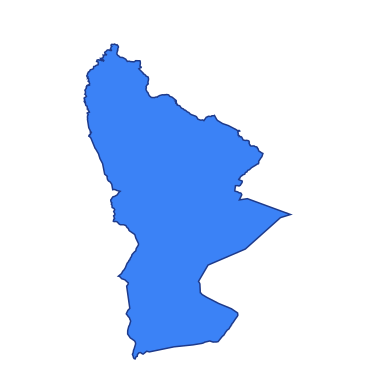 Offinso Municipal, Ashanti, Ghana, rotated 172°
{"feature_id": "2480657B80894926360364", "entity_name": "Offinso Municipal", "entity_type": "district", "adm_level": 2, "iso_a3": "GHA", "parent_name": "Ghana", "parent_adm1": "Ashanti", "projection": "albers", "projection_center": [-1.702, 7.059], "detail": "fine", "context": "isolated", "style": "filled", "palette": "blue", "viewbox_px": 384, "rotation_deg": 172, "n_neighbors": 0, "source": "geoboundaries", "source_scale": "gbopen_adm2", "svg_char_len": 6100}
<svg xmlns="http://www.w3.org/2000/svg" viewBox="0 0 384 384"><g transform="rotate(172 192 192)"><path d="M282.2,310.7L282.0,310.4L282.1,309.6L283.9,307.7L283.8,307.1L283.5,306.8L283.8,304.5L284.5,303.8L284.1,303.5L283.2,301.5L283.9,300.9L284.4,300.8L284.5,300.5L285.6,300.2L285.6,299.8L285.8,299.6L285.4,298.2L285.7,298.0L285.7,297.5L285.3,296.8L285.5,296.6L285.8,296.8L286.1,296.7L285.8,295.7L285.3,295.7L285.4,295.1L285.1,295.0L285.2,294.6L285.2,292.9L284.8,292.2L283.9,291.5L284.0,289.5L283.7,289.2L284.1,288.7L283.4,288.2L283.4,287.3L282.5,285.8L282.5,285.3L283.1,285.4L284.8,284.8L284.7,284.1L284.4,284.0L284.0,283.4L284.2,282.8L285.0,281.7L285.0,280.7L285.2,280.3L285.1,279.3L285.4,278.8L285.3,270.1L284.1,266.3L284.4,265.7L283.8,265.5L283.9,265.3L283.5,264.7L284.4,264.2L284.6,263.5L285.5,263.0L285.6,262.9L285.2,262.7L286.3,262.0L286.4,261.7L286.0,261.6L284.6,259.4L281.9,248.8L281.3,247.8L279.3,242.9L278.5,237.9L276.6,232.6L276.0,221.8L273.7,219.3L274.0,218.9L274.0,217.7L274.0,216.7L273.8,215.8L273.1,214.5L271.6,213.3L270.4,210.8L270.2,205.3L268.9,205.4L267.2,204.8L266.7,204.2L263.1,202.7L264.5,201.8L266.4,199.6L269.3,198.4L270.9,198.3L272.4,196.8L272.7,196.2L273.4,195.8L273.7,194.6L273.4,193.0L272.9,192.4L273.6,191.2L273.0,189.9L273.3,188.1L273.2,187.7L271.5,186.6L271.0,185.1L272.3,183.6L271.4,181.2L271.6,180.1L272.8,179.5L273.0,179.2L272.7,178.6L272.6,177.0L272.3,176.7L272.5,176.2L273.3,175.8L274.0,174.0L273.3,173.5L272.1,173.5L270.7,173.1L270.1,172.6L268.7,170.5L267.7,169.7L267.2,169.5L264.3,169.1L262.2,168.0L261.3,165.9L260.2,164.8L259.8,163.0L259.2,162.1L255.0,158.3L254.4,157.2L254.1,154.4L252.2,148.5L252.4,147.0L255.1,143.8L255.9,141.5L257.3,140.7L260.1,138.4L260.9,136.6L262.4,134.9L263.1,133.4L263.9,133.1L264.5,132.0L266.2,130.4L268.6,126.2L270.1,124.4L271.6,123.2L273.2,121.0L276.6,118.9L275.8,118.6L275.0,117.9L273.8,116.0L270.7,114.4L268.5,111.7L267.8,111.1L268.1,109.5L269.8,107.9L269.8,85.4L271.9,83.8L274.0,80.6L273.9,79.9L273.1,79.0L272.9,78.3L271.4,76.0L271.3,74.8L271.0,74.2L270.7,72.7L272.4,68.9L273.3,67.8L274.5,64.9L275.0,63.6L275.5,60.3L273.4,56.1L269.8,52.8L269.2,51.8L268.9,50.1L269.2,48.9L271.3,44.4L271.9,43.5L272.7,40.9L273.6,39.6L273.1,37.5L273.1,36.6L272.6,35.2L271.6,34.6L270.5,36.4L270.1,36.7L269.1,36.9L268.6,38.8L267.8,39.3L267.1,40.1L265.4,40.2L263.6,38.6L262.9,38.3L259.0,40.6L256.5,39.6L231.4,41.2L212.6,40.5L203.4,40.7L201.5,41.0L200.4,41.5L195.1,42.0L192.1,40.5L188.7,40.1L187.0,40.2L182.0,44.9L180.5,45.7L178.3,48.4L176.4,50.3L174.3,51.4L173.6,52.5L172.2,53.9L171.9,54.6L171.2,55.0L170.8,56.0L169.7,56.8L166.9,60.0L164.3,62.7L163.7,63.7L163.7,65.9L169.2,70.9L181.1,77.9L192.0,85.6L196.3,89.1L197.4,90.9L197.8,91.1L197.0,99.7L197.1,100.5L198.0,102.6L186.3,117.4L147.1,128.1L108.0,154.3L97.6,156.0L138.1,177.7L146.2,177.6L143.1,182.3L143.5,183.8L144.1,184.3L145.6,184.7L146.7,185.8L149.2,186.8L149.5,187.2L148.1,192.2L146.0,192.0L144.6,191.4L143.3,191.9L141.1,194.4L140.7,195.8L144.0,197.8L143.3,198.8L142.8,198.9L142.1,200.1L140.6,201.2L140.0,201.3L139.6,201.8L137.3,202.3L136.7,203.5L136.1,204.0L134.9,204.2L133.8,205.7L132.0,206.1L129.7,207.8L125.0,209.8L123.2,210.7L122.3,210.7L121.8,211.7L121.7,213.1L118.7,216.5L117.9,217.2L116.4,220.3L118.2,221.5L118.5,222.0L119.7,222.9L120.2,223.5L120.6,225.7L121.1,226.0L121.1,227.0L121.8,227.7L122.6,227.9L123.8,228.6L124.1,229.0L127.2,229.3L127.9,229.9L127.8,230.3L128.2,230.7L128.7,232.5L128.3,233.4L128.6,234.6L129.3,235.1L130.8,235.6L132.1,235.6L134.1,236.4L135.1,239.3L135.7,239.9L136.1,239.8L136.2,240.1L136.7,240.2L137.1,240.6L137.5,240.5L137.4,241.2L137.8,241.7L138.3,241.7L138.3,242.9L138.0,243.8L138.4,245.0L138.1,245.4L136.3,245.8L136.8,246.4L138.3,246.4L139.6,247.6L146.7,252.7L152.2,255.5L156.8,259.3L157.5,260.5L159.1,264.7L159.5,264.5L161.8,264.7L162.5,264.1L165.3,264.7L166.8,264.1L167.4,264.1L170.3,261.0L171.3,261.9L173.4,261.9L176.0,263.3L177.1,265.9L177.9,266.6L182.0,268.8L183.1,269.7L184.0,271.1L185.5,272.0L187.1,273.9L188.1,274.2L189.0,275.5L190.3,276.2L191.3,277.2L191.7,278.4L192.3,279.2L194.4,280.1L194.6,280.3L194.4,280.9L194.9,281.4L194.8,281.5L195.1,282.6L195.5,282.5L195.4,282.8L195.6,283.1L195.2,283.6L195.6,284.0L195.0,283.9L195.0,284.6L194.6,284.4L198.4,288.6L200.8,289.9L201.6,291.4L203.5,292.1L204.3,291.9L205.2,292.2L205.7,292.0L207.9,292.4L210.8,292.0L212.6,291.3L213.1,290.8L213.5,291.0L215.2,291.0L215.8,290.7L218.8,291.2L219.4,291.6L220.7,293.1L221.3,294.4L221.8,296.6L222.5,297.3L223.3,299.7L223.1,300.9L222.7,301.4L222.8,302.9L221.1,304.8L220.4,305.0L220.3,305.5L220.4,306.9L219.7,308.5L219.3,309.9L219.4,311.9L221.6,313.4L221.6,313.9L222.6,315.1L223.5,315.6L223.8,315.9L223.7,316.4L227.5,321.4L226.2,322.0L225.1,322.3L224.9,322.7L226.0,323.9L225.2,326.7L225.1,328.2L225.3,329.2L229.6,329.9L230.5,329.2L231.5,329.0L235.1,329.8L235.9,330.3L237.9,330.3L238.2,331.1L238.8,331.9L239.0,332.6L241.0,334.2L242.1,334.9L244.4,335.4L245.7,337.1L246.4,337.5L247.2,339.2L246.9,340.5L246.1,342.1L246.2,342.3L245.8,342.7L245.9,343.1L245.5,343.8L245.6,344.3L244.7,345.6L244.7,346.5L245.7,348.2L246.1,348.0L248.2,349.3L248.9,349.0L251.0,349.4L251.8,348.7L251.5,347.7L251.2,347.3L251.9,346.9L252.5,345.3L253.0,344.9L253.0,344.5L252.1,343.9L252.0,343.6L252.3,343.3L253.4,343.5L254.5,344.2L255.6,344.4L256.3,344.3L257.1,343.5L259.0,342.5L259.1,341.9L258.7,341.1L257.6,339.9L257.7,339.7L259.4,340.0L260.1,339.7L260.3,339.4L260.9,339.9L261.0,338.0L261.3,337.4L263.0,337.0L261.0,334.6L261.4,334.0L262.0,334.5L263.1,334.6L263.5,334.9L263.5,335.4L263.2,336.0L263.4,336.7L264.1,337.0L264.1,335.5L264.7,335.3L266.3,336.0L267.6,335.9L268.3,334.5L267.5,334.2L266.8,333.6L267.2,331.1L269.4,330.7L270.5,329.9L271.7,330.0L272.0,329.7L272.4,327.9L273.8,327.4L275.6,327.2L276.7,325.8L277.5,325.4L277.4,325.3L278.3,324.6L278.9,323.9L279.1,322.9L280.1,321.6L279.6,320.0L279.2,320.1L279.5,319.3L279.3,319.4L278.9,319.1L278.6,318.4L279.1,316.8L278.7,316.2L279.2,315.9L278.7,315.5L278.5,314.8L278.3,313.4L278.6,313.0L278.6,312.1L279.0,312.0L279.3,312.4L279.9,312.6L280.0,312.4L279.8,312.0L281.3,312.0L281.3,311.5L282.2,310.7Z" fill="#3b82f6" stroke="#1e3a8a" stroke-width="1.5"/></g></svg>